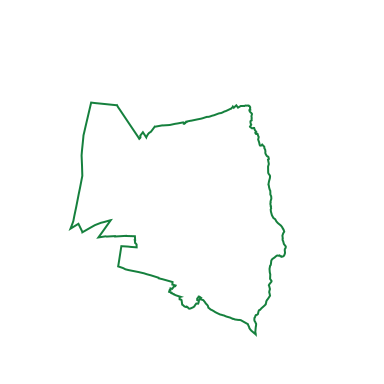 the district of Jaristea, Vrancea, Romania, rotated 215°
{"feature_id": "2599482B16712539339151", "entity_name": "Jaristea", "entity_type": "district", "adm_level": 2, "iso_a3": "ROU", "parent_name": "Romania", "parent_adm1": "Vrancea", "projection": "albers", "projection_center": [27.038, 45.796], "detail": "fine", "context": "isolated", "style": "outline", "palette": "green", "viewbox_px": 384, "rotation_deg": 215, "n_neighbors": 0, "source": "geoboundaries", "source_scale": "gbopen_adm2", "svg_char_len": 5925}
<svg xmlns="http://www.w3.org/2000/svg" viewBox="0 0 384 384"><g transform="rotate(215 192 192)"><path d="M325.9,207.4L317.1,185.4L314.5,179.0L313.4,176.2L312.3,174.3L310.0,170.2L305.7,162.5L303.4,158.6L296.9,150.1L291.1,142.3L286.0,130.9L283.9,126.0L278.3,113.4L275.1,105.9L274.0,103.4L272.6,100.3L272.0,98.3L270.5,92.3L266.8,100.8L259.2,96.6L258.7,96.1L254.7,104.6L252.5,109.2L248.9,114.6L247.1,116.6L242.7,122.0L242.4,122.3L242.5,106.5L242.6,101.1L237.4,106.1L236.4,106.5L229.8,111.7L229.5,111.4L220.8,118.3L220.7,118.2L213.4,123.0L211.0,120.0L211.3,119.8L209.3,117.6L208.6,117.6L207.3,117.2L205.6,114.9L210.5,112.0L213.1,110.6L218.8,107.1L212.7,94.7L210.9,91.0L210.3,89.7L209.8,88.7L205.4,90.0L204.1,90.3L203.5,90.3L202.2,90.5L199.3,91.6L189.8,95.8L187.3,96.8L184.6,97.9L181.9,98.7L177.8,100.2L170.2,102.6L169.8,102.2L166.0,103.7L160.0,105.8L156.3,107.1L155.0,104.9L153.3,105.5L151.8,106.0L151.7,105.2L152.6,104.1L152.7,101.3L154.3,100.7L153.5,99.3L154.1,99.0L153.5,97.1L151.1,97.8L150.9,97.3L148.3,97.9L148.2,97.7L145.7,98.2L141.2,99.6L141.6,99.1L141.7,98.9L141.7,98.5L141.4,98.1L140.6,97.0L138.9,97.6L138.4,97.3L135.4,94.1L134.7,94.2L132.6,93.9L130.7,94.4L130.5,94.6L130.5,95.1L129.4,95.1L127.9,94.7L127.1,95.0L126.4,95.8L125.1,97.9L124.4,99.6L124.6,100.4L124.5,103.1L122.9,104.1L123.4,105.7L124.0,106.9L125.4,106.5L125.9,106.5L126.1,107.2L126.6,107.7L126.4,109.4L126.6,110.2L126.3,110.4L125.6,110.5L124.3,110.5L124.0,110.5L124.3,109.5L124.2,108.6L122.1,109.5L120.7,109.9L117.6,109.0L117.0,108.6L115.1,108.3L114.4,108.1L113.9,107.9L113.3,107.6L112.7,107.0L112.2,106.6L111.0,106.6L109.3,106.4L108.9,106.5L107.9,106.7L105.7,106.9L104.5,106.9L102.8,107.1L98.6,107.8L97.5,108.3L95.9,108.8L95.0,109.2L93.2,109.5L92.1,109.8L88.4,111.1L87.0,111.2L86.1,111.6L85.7,111.5L85.3,111.8L84.4,112.1L83.7,112.2L83.0,112.6L80.8,113.7L79.8,114.4L78.5,115.0L70.4,115.8L69.8,115.3L67.9,114.2L67.2,113.7L66.8,113.3L65.3,112.8L63.7,112.4L62.3,112.3L61.4,112.2L59.5,112.0L58.6,112.0L58.1,111.9L58.4,112.3L60.0,113.8L60.2,114.3L61.1,115.8L62.4,118.1L62.7,118.9L63.7,120.6L64.0,120.9L64.4,121.0L65.1,121.5L65.6,121.8L66.5,122.1L67.1,122.5L67.8,123.3L68.0,123.7L68.6,124.6L68.6,125.2L68.6,125.6L68.7,126.0L69.1,127.2L69.1,127.8L68.6,128.3L68.3,128.8L68.1,129.4L68.0,129.8L68.4,130.8L68.9,132.0L69.2,133.0L69.3,133.4L69.1,134.0L68.6,134.6L68.6,135.1L68.4,136.7L67.9,138.7L67.5,140.4L67.2,142.0L67.2,142.4L67.5,142.8L67.7,143.6L67.9,144.1L68.4,145.0L68.5,145.7L68.6,146.7L68.5,147.2L68.5,148.6L68.6,151.8L70.4,153.5L71.2,154.1L71.6,154.8L72.5,157.2L74.8,159.2L75.6,159.7L75.7,160.7L75.5,164.2L75.9,164.8L78.2,165.6L80.7,169.5L81.1,169.8L82.3,170.9L84.4,173.5L85.0,174.8L85.7,176.3L85.6,177.1L86.1,178.4L86.9,179.8L87.7,181.3L87.8,182.5L87.7,183.3L86.7,186.0L86.5,187.1L85.9,188.7L85.4,189.1L84.3,189.6L83.9,190.3L82.8,190.1L82.5,190.3L82.4,190.1L81.4,190.3L80.6,191.3L80.2,192.0L80.2,193.3L80.4,194.1L80.7,195.0L80.9,195.5L82.7,197.6L83.2,198.5L83.2,199.6L83.6,200.7L84.0,201.2L85.6,201.7L86.9,202.1L89.1,204.0L89.7,204.3L90.1,204.5L90.8,205.4L91.0,205.7L91.0,206.0L92.9,208.1L93.6,210.5L93.7,212.4L95.4,213.7L96.0,214.0L96.1,213.9L96.7,214.3L97.2,214.4L97.7,214.8L99.8,215.5L103.9,215.8L106.0,216.3L108.2,217.4L110.4,217.4L113.2,218.8L116.1,221.2L117.5,222.8L117.8,224.0L118.4,224.6L119.3,225.4L119.2,225.7L120.3,226.5L120.9,227.1L121.4,227.9L121.4,228.3L121.6,228.4L122.1,229.1L122.2,229.3L122.7,230.5L123.1,231.9L124.1,233.2L124.7,233.9L126.4,234.9L127.8,236.9L128.6,237.9L129.7,238.5L131.5,240.0L133.1,241.7L133.6,241.8L135.0,244.8L136.1,247.9L136.9,249.4L137.7,250.2L139.5,250.8L140.3,251.2L140.8,251.7L144.3,256.5L145.0,258.7L145.2,259.1L148.3,262.1L147.9,262.8L148.1,263.2L148.2,263.4L148.7,263.8L149.5,264.5L150.0,264.6L150.5,264.5L151.0,264.4L151.8,264.6L153.5,265.4L154.3,266.0L154.7,266.6L155.1,267.3L156.3,268.6L157.9,269.4L158.6,270.4L159.1,270.6L160.8,270.9L161.7,271.1L161.8,270.4L161.8,270.0L162.0,269.7L162.8,269.1L163.4,269.3L163.8,269.6L165.4,271.1L167.3,272.5L167.9,272.9L168.9,275.3L169.8,275.8L170.9,276.6L171.6,277.2L171.9,277.2L172.6,276.4L172.9,276.3L173.1,276.3L173.6,276.5L174.1,276.8L173.9,278.1L176.0,278.8L176.7,279.2L177.8,280.1L178.2,279.9L179.2,278.7L179.3,278.6L180.8,278.6L181.6,278.6L181.8,278.7L182.0,278.8L182.0,279.1L182.0,280.2L182.2,280.5L182.1,281.1L183.1,281.7L183.8,282.3L184.2,282.8L184.7,283.5L184.6,283.9L184.4,284.5L184.2,284.9L185.2,286.1L185.3,286.5L185.5,286.8L186.0,287.4L186.8,288.2L187.6,290.3L187.9,290.5L188.7,290.7L189.2,290.8L189.7,290.8L190.5,291.0L191.2,291.3L191.4,291.6L191.7,291.7L192.0,292.0L192.0,292.3L191.8,292.5L191.5,292.7L191.4,292.8L191.9,293.4L192.4,293.8L192.7,294.2L192.8,294.6L193.0,294.7L193.1,294.9L194.0,295.3L194.3,295.3L194.6,295.3L194.8,295.1L195.2,295.3L195.4,295.2L195.7,295.0L196.4,294.4L197.9,293.4L198.1,293.1L198.3,292.6L198.5,292.4L199.2,292.0L201.4,290.4L201.5,290.2L202.7,287.5L205.4,288.4L206.1,285.0L207.5,285.4L207.4,284.7L207.5,284.3L207.7,283.6L207.7,282.8L207.8,282.6L208.1,282.3L209.9,279.1L210.9,277.4L211.3,277.0L211.8,276.3L212.0,275.8L212.9,274.2L213.6,273.2L214.3,272.6L215.2,271.6L216.9,269.1L218.0,267.5L219.3,266.0L220.5,264.3L221.0,263.7L221.4,263.2L223.2,261.8L223.3,261.5L223.5,261.3L225.6,258.5L226.7,257.2L229.3,254.5L233.7,249.8L234.0,249.6L236.9,246.5L236.6,246.3L236.9,245.9L237.1,245.6L237.2,245.4L237.2,245.2L237.1,244.9L237.0,244.6L237.1,244.3L237.5,243.8L237.5,243.4L237.9,243.2L238.3,243.8L238.3,244.0L238.5,244.1L239.1,244.0L239.2,243.9L243.3,239.7L244.9,238.2L248.5,234.3L249.9,233.1L251.8,231.6L254.2,229.7L254.5,229.6L259.6,224.4L260.0,224.3L260.1,220.5L260.2,217.8L261.0,215.9L261.1,215.2L261.2,214.4L261.2,213.9L261.0,211.7L260.9,210.8L260.8,210.5L266.5,212.8L266.7,208.5L266.5,208.2L266.2,208.0L265.8,207.5L265.6,207.3L265.5,206.7L265.5,206.3L265.7,205.3L267.5,206.1L281.0,211.3L298.8,218.2L301.0,219.0L303.3,220.1L303.4,219.9L314.5,213.7L322.5,209.2L325.9,207.4Z" fill="none" stroke="#15803d" stroke-width="2"/></g></svg>